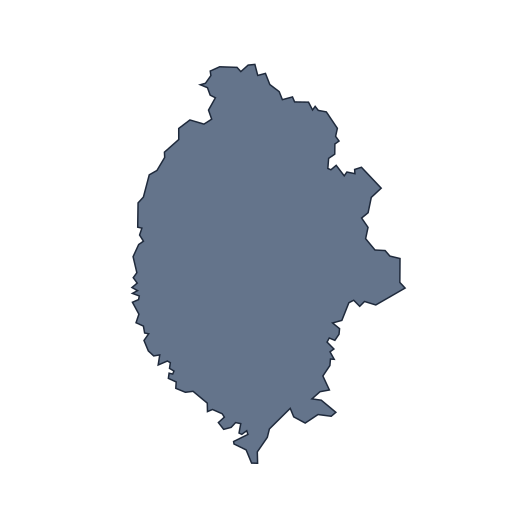 the district of São Francisco de Assis, Rio Grande do Sul, Brazil, rotated 230°
{"feature_id": "56859067B81817993019000", "entity_name": "São Francisco de Assis", "entity_type": "district", "adm_level": 2, "iso_a3": "BRA", "parent_name": "Brazil", "parent_adm1": "Rio Grande do Sul", "projection": "mercator", "projection_center": [-55.147, -29.45], "detail": "medium", "context": "isolated", "style": "filled", "palette": "slate", "viewbox_px": 512, "rotation_deg": 230, "n_neighbors": 0, "source": "geoboundaries", "source_scale": "gbopen_adm2", "svg_char_len": 1954}
<svg xmlns="http://www.w3.org/2000/svg" viewBox="0 0 512 512"><g transform="rotate(230 256 256)"><path d="M227.5,395.5L256.2,393.8L258.9,387.2L255.5,384.7L261.9,379.6L260.7,375.1L273.9,375.7L273.9,368.8L276.9,367.3L284.1,374.4L283.4,381.8L291.1,388.4L290.7,393.5L296.5,393.9L301.5,400.4L321.2,402.5L327.5,397.3L332.6,397.5L331.5,393.2L340.1,395.1L349.2,384.6L354.4,386.2L358.8,376.7L367.0,379.4L378.5,376.8L389.8,380.6L393.2,373.4L403.5,378.3L407.3,372.7L407.0,362.9L412.7,362.7L424.3,349.8L427.1,339.8L423.2,337.4L420.8,328.3L423.0,323.4L416.1,327.0L408.7,324.3L403.3,326.6L398.3,313.4L389.3,310.0L390.5,300.9L402.7,292.8L403.4,278.8L394.9,271.7L394.4,252.6L390.2,249.4L385.2,235.1L386.8,226.4L373.5,207.6L372.5,199.8L354.1,183.9L350.7,186.5L346.9,180.3L339.7,179.3L340.2,173.5L334.5,161.4L319.8,154.0L318.3,148.0L311.6,147.6L311.6,140.7L305.6,143.0L306.8,137.3L300.4,140.9L298.1,138.0L300.0,131.6L286.7,128.9L282.0,121.2L274.7,124.7L268.6,121.2L265.4,123.8L263.3,115.9L252.5,112.5L245.2,113.4L242.1,118.7L235.4,111.0L232.5,120.6L229.3,121.8L225.5,117.5L220.6,119.2L219.1,116.3L222.1,114.1L218.6,110.2L210.8,113.9L206.2,109.5L197.0,114.3L192.8,120.8L174.6,124.1L168.0,118.8L166.4,124.0L156.9,128.7L152.9,128.2L152.6,120.1L144.0,119.8L140.7,126.8L141.5,133.3L137.4,136.6L131.3,129.2L128.5,130.5L128.1,136.6L124.5,135.1L128.3,119.6L126.1,118.3L113.8,123.8L100.2,119.5L96.2,124.0L105.1,131.1L109.8,148.1L114.9,155.1L117.3,184.3L108.5,181.5L96.4,186.3L94.7,201.6L84.9,210.6L84.9,216.7L103.6,213.3L110.6,207.0L110.9,217.8L106.2,226.1L121.1,230.1L124.6,242.2L129.2,246.8L126.6,249.5L135.0,251.1L134.7,255.9L144.4,255.1L146.1,259.4L140.7,262.2L142.7,269.3L146.6,273.3L155.5,271.6L151.5,280.4L160.5,297.1L159.3,302.4L150.8,303.1L151.4,309.9L141.5,316.3L135.6,349.6L143.3,349.2L161.5,364.7L169.9,358.5L177.2,358.4L184.1,351.0L198.8,351.1L205.9,360.2L217.2,361.3L217.1,369.7L226.8,382.0L227.5,395.5Z" fill="#64748b" stroke="#1e293b" stroke-width="1.5"/></g></svg>